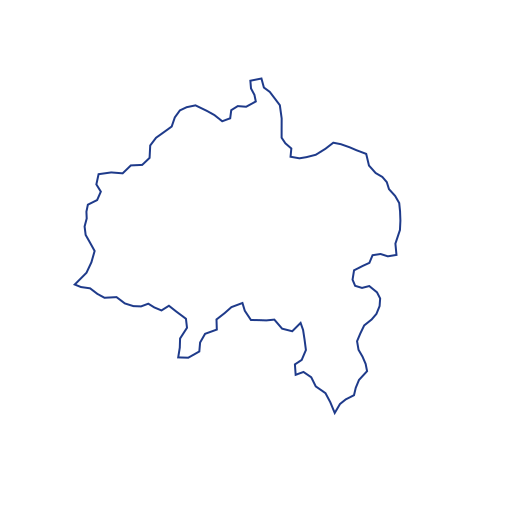 Lamim, Minas Gerais, Brazil, rotated 226°
{"feature_id": "56859067B83633807690549", "entity_name": "Lamim", "entity_type": "district", "adm_level": 2, "iso_a3": "BRA", "parent_name": "Brazil", "parent_adm1": "Minas Gerais", "projection": "robinson", "projection_center": [-43.481, -20.776], "detail": "fine", "context": "isolated", "style": "outline", "palette": "blue", "viewbox_px": 512, "rotation_deg": 226, "n_neighbors": 0, "source": "geoboundaries", "source_scale": "gbopen_adm2", "svg_char_len": 1898}
<svg xmlns="http://www.w3.org/2000/svg" viewBox="0 0 512 512"><g transform="rotate(226 256 256)"><path d="M226.7,148.9L232.6,155.7L235.4,165.3L230.3,176.7L237.8,183.5L236.7,193.7L236.3,202.8L231.6,213.6L224.4,209.9L213.5,207.9L207.8,213.6L202.5,218.7L197.5,225.0L185.6,224.3L176.7,229.8L176.9,241.6L170.1,238.5L162.2,232.9L153.7,226.6L149.5,216.7L151.0,208.7L143.0,202.0L139.6,209.6L130.4,211.5L120.7,208.4L109.1,210.7L99.3,207.9L88.4,203.6L91.2,213.6L90.5,221.0L87.8,229.8L91.9,236.2L95.3,244.0L96.0,255.9L102.2,259.9L109.6,262.7L117.3,264.6L124.5,269.5L127.8,277.2L130.9,285.6L130.0,295.1L130.7,302.4L134.1,310.1L139.2,315.8L145.8,317.8L155.7,316.6L159.4,310.1L165.7,306.6L171.9,309.0L177.6,316.6L174.7,326.0L172.3,332.8L175.6,340.4L170.9,347.0L164.2,350.6L159.2,357.8L168.1,364.9L174.7,377.6L181.1,384.4L188.0,390.6L194.6,395.8L202.5,397.8L211.7,398.1L218.3,401.4L225.1,401.8L232.6,399.7L242.6,400.1L252.9,406.2L262.4,401.7L269.1,398.9L277.5,394.7L283.8,390.3L284.9,380.4L287.3,369.3L292.1,360.9L296.1,355.1L303.4,349.8L308.8,356.1L316.7,355.4L323.3,356.6L329.4,362.5L337.1,370.0L347.9,377.9L357.7,379.1L364.5,379.9L371.7,378.7L379.9,383.2L386.0,373.7L380.0,368.8L373.0,366.8L367.3,363.2L370.2,352.6L376.5,347.0L378.1,339.5L373.0,333.1L376.4,325.3L386.2,324.0L394.7,321.4L406.4,317.1L411.2,309.5L413.6,302.4L412.1,293.9L407.7,285.3L409.0,276.2L410.5,266.3L409.0,256.7L400.5,247.6L400.6,237.4L408.1,228.9L408.1,217.5L416.7,209.9L424.2,199.6L418.4,190.9L410.1,189.1L406.6,180.6L409.7,170.7L405.7,164.8L400.6,160.3L396.3,153.2L389.5,148.1L380.6,145.8L371.7,143.4L365.8,133.2L361.7,122.4L361.4,105.8L355.3,108.5L348.0,114.2L338.8,115.6L331.2,118.0L323.3,127.1L313.0,128.7L305.1,133.0L299.6,138.3L296.5,145.4L289.7,147.1L282.5,150.2L280.7,158.8L271.8,160.0L259.5,162.0L252.3,156.5L249.4,144.1L243.0,137.5L237.1,129.6L229.9,136.6L226.7,148.9Z" fill="none" stroke="#1e3a8a" stroke-width="2"/></g></svg>